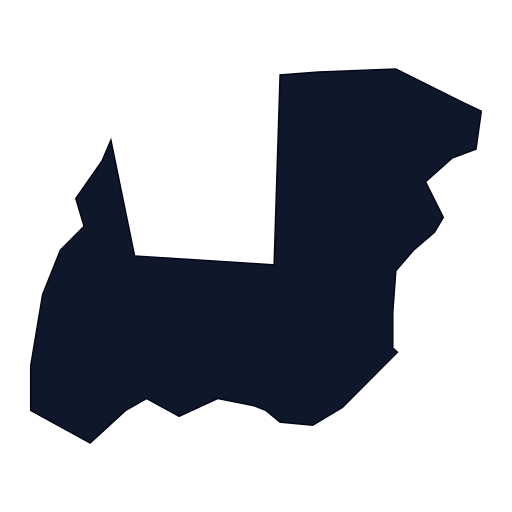 Yangcheon-gu, Seoul, South Korea (Mercator projection)
{"feature_id": "91817680B8017156108400", "entity_name": "Yangcheon-gu", "entity_type": "district", "adm_level": 2, "iso_a3": "KOR", "parent_name": "South Korea", "parent_adm1": "Seoul", "projection": "mercator", "projection_center": [126.864, 37.519], "detail": "fine", "context": "isolated", "style": "filled", "palette": "ink", "viewbox_px": 512, "rotation_deg": 0, "n_neighbors": 0, "source": "geoboundaries", "source_scale": "gbopen_adm2", "svg_char_len": 553}
<svg xmlns="http://www.w3.org/2000/svg" viewBox="0 0 512 512"><path d="M30.7,410.4L90.1,443.0L125.7,410.4L146.5,398.5L179.1,416.3L217.7,398.5L254.3,405.8L266.0,410.5L280.1,422.2L312.7,425.2L342.4,407.4L397.4,352.2L392.8,348.0L392.8,312.4L395.8,270.8L413.6,250.1L434.4,232.3L443.3,217.4L425.5,181.8L452.2,158.0L476.0,149.1L481.3,111.2L461.1,101.6L395.8,69.0L318.6,72.0L280.1,74.9L274.1,264.9L134.6,256.0L110.9,140.2L102.0,161.0L75.8,198.5L84.1,226.3L60.4,250.1L42.6,294.6L30.7,365.8L30.7,410.4Z" fill="#0f172a" stroke="#020617" stroke-width="1.5"/></svg>